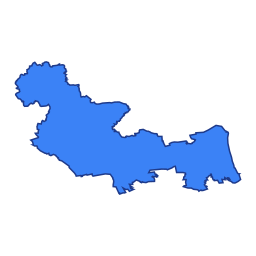 the district of Laytown Bettystown-Lea-7, Meath, Ireland
{"feature_id": "5873133B93482869611851", "entity_name": "Laytown Bettystown-Lea-7", "entity_type": "district", "adm_level": 2, "iso_a3": "IRL", "parent_name": "Ireland", "parent_adm1": "Meath", "projection": "robinson", "projection_center": [-6.479, 53.728], "detail": "fine", "context": "isolated", "style": "filled", "palette": "blue", "viewbox_px": 256, "rotation_deg": 0, "n_neighbors": 0, "source": "geoboundaries", "source_scale": "gbopen_adm2", "svg_char_len": 5795}
<svg xmlns="http://www.w3.org/2000/svg" viewBox="0 0 256 256"><path d="M59.3,64.1L58.3,64.5L57.9,65.2L52.5,65.9L52.4,66.7L51.3,66.9L50.6,66.8L49.5,65.7L49.8,65.2L48.8,63.8L48.5,62.6L46.3,61.9L44.7,62.2L44.2,62.8L42.4,63.5L43.0,65.0L41.7,65.9L41.3,65.3L39.5,64.6L37.8,65.3L36.9,64.9L34.8,62.3L33.1,63.2L32.0,65.0L31.9,65.8L29.6,66.1L29.6,67.4L28.8,68.8L26.9,69.8L27.1,70.7L26.9,71.8L27.5,72.9L27.4,73.6L24.7,73.8L24.7,74.9L23.7,75.2L21.8,74.4L21.1,74.5L20.3,75.4L19.9,77.5L18.3,79.0L17.8,79.2L17.5,79.9L16.8,80.4L16.9,80.8L16.1,81.2L16.1,81.6L15.5,82.2L15.8,82.7L15.4,83.3L15.5,83.8L17.9,86.5L18.1,87.2L16.4,88.2L16.9,88.7L19.4,89.3L19.3,90.4L19.8,91.3L19.2,92.1L16.7,93.2L15.7,94.2L15.7,94.9L18.3,98.6L20.4,99.1L21.4,100.3L22.1,101.8L22.6,101.8L23.0,101.1L23.7,101.7L23.4,102.9L23.7,105.3L24.6,106.3L27.8,106.2L29.7,104.1L31.0,103.2L31.5,103.2L32.2,103.9L33.3,103.7L34.1,103.2L34.0,102.5L34.4,101.8L35.4,101.7L35.4,100.8L37.9,101.5L39.9,104.7L40.0,105.7L41.1,106.4L45.6,106.0L46.9,105.7L48.5,104.4L49.9,106.7L50.1,108.4L48.5,111.8L49.2,112.1L48.5,113.3L46.2,115.2L46.8,116.8L46.1,119.1L45.4,118.8L46.2,119.8L45.9,120.4L44.1,121.5L42.7,120.5L41.9,121.2L41.2,124.0L38.0,123.5L37.5,124.7L37.4,125.8L37.0,126.4L37.3,129.3L38.7,129.6L38.2,131.7L38.2,133.1L35.3,133.3L36.2,134.7L38.5,137.0L38.3,137.6L30.8,140.1L32.4,141.5L33.3,144.4L33.3,145.0L32.9,145.0L34.7,146.0L36.9,146.0L37.4,147.1L37.3,148.0L40.4,150.8L45.1,153.3L45.8,153.2L46.8,154.0L48.8,153.3L49.2,154.9L50.9,155.6L53.4,154.4L55.9,155.4L56.2,156.3L58.0,157.6L57.7,157.8L58.3,158.9L59.2,159.5L59.3,160.2L61.7,160.8L69.1,166.1L69.2,167.6L74.3,172.8L75.7,174.7L76.2,176.1L80.7,175.5L81.2,176.6L82.2,176.4L81.8,175.7L86.6,174.4L87.0,175.1L92.1,174.0L92.3,175.3L93.0,176.1L105.3,173.9L110.3,174.3L112.9,178.0L112.8,178.8L113.5,179.8L113.7,181.8L113.2,184.7L113.2,186.6L116.0,186.9L118.9,193.2L119.7,193.0L120.1,193.5L119.4,193.8L119.7,194.1L123.1,192.8L124.1,193.0L125.7,192.5L123.1,188.0L125.8,189.5L127.8,189.3L129.4,191.3L133.6,189.4L132.6,189.1L132.8,188.9L132.2,188.5L130.7,188.4L130.3,186.9L132.0,186.9L130.4,185.9L129.4,184.3L132.7,184.4L132.4,182.4L133.5,182.2L136.3,180.0L139.7,181.3L140.5,181.7L140.1,181.9L140.4,182.2L141.7,182.7L142.6,181.8L143.3,182.3L146.0,182.6L148.5,181.6L154.5,181.4L154.6,179.6L153.8,177.6L152.2,176.8L152.8,176.3L153.8,176.9L155.8,176.1L156.3,177.1L157.5,176.7L157.3,175.9L157.7,175.7L156.3,174.3L155.4,174.5L154.3,172.0L148.7,172.7L150.0,170.2L161.5,169.1L166.7,169.2L167.3,169.8L171.9,167.9L174.0,166.5L175.3,166.3L176.6,172.5L183.1,172.5L185.5,173.2L185.6,174.4L185.0,174.7L184.8,176.5L183.8,177.0L183.6,178.9L183.1,179.7L186.1,179.6L185.6,182.3L186.3,185.3L183.8,186.0L183.3,186.6L187.9,188.0L191.4,188.1L193.6,189.3L197.3,189.7L198.3,190.2L198.9,191.2L200.5,190.2L201.5,190.2L201.8,190.6L203.3,190.4L207.4,189.0L206.0,186.9L206.9,186.5L206.6,186.1L205.6,186.4L204.4,184.7L205.6,183.3L204.6,182.2L205.9,181.7L205.2,180.6L206.1,180.4L206.1,180.1L206.8,179.8L207.6,179.9L206.5,177.7L207.8,177.2L209.3,175.5L211.0,175.5L210.7,174.2L211.3,174.2L211.6,175.4L211.2,177.0L212.4,177.0L212.7,178.8L213.4,179.9L214.3,179.9L214.4,180.6L217.6,180.3L219.2,183.1L223.0,182.7L222.0,179.4L225.1,179.7L224.7,179.2L224.8,177.6L228.2,180.0L227.6,177.8L228.8,177.9L229.7,179.2L228.9,179.2L229.0,180.3L231.5,181.7L232.7,182.8L234.4,183.0L235.3,182.9L238.0,181.5L240.6,179.5L239.3,175.4L239.1,174.0L239.4,173.8L238.1,173.6L237.6,173.2L235.0,168.0L234.2,167.7L233.8,165.2L232.3,161.2L231.5,157.2L229.6,151.3L227.9,143.3L227.6,137.8L228.4,133.5L228.2,132.5L227.5,132.2L228.4,132.2L226.4,132.0L226.7,131.5L224.9,130.6L221.6,126.4L216.0,125.4L208.3,130.0L203.5,132.3L195.9,132.8L196.0,134.1L189.9,135.3L190.6,137.3L191.6,138.8L194.7,139.5L194.4,139.7L195.1,140.5L194.0,141.9L192.2,142.8L192.2,143.4L190.6,143.8L188.1,143.4L186.7,143.9L186.4,143.5L187.1,143.3L186.6,142.4L187.2,142.3L186.7,141.4L186.1,141.0L177.8,142.2L174.3,142.0L171.8,142.5L169.4,143.6L169.9,145.2L165.3,146.4L163.3,142.5L163.2,142.2L163.4,142.2L162.9,140.7L162.2,140.8L161.9,136.4L158.1,136.4L157.2,135.0L157.3,134.2L156.6,133.7L154.2,133.6L151.0,132.7L150.3,132.1L148.2,131.2L146.9,131.2L143.2,129.4L139.7,129.9L139.3,130.7L139.2,132.6L136.7,133.5L134.8,133.5L134.7,134.0L135.7,134.9L135.7,135.6L135.4,135.7L133.2,136.0L132.1,135.4L129.2,136.5L126.4,136.1L125.8,136.5L125.9,137.3L125.0,137.5L121.9,137.1L120.6,135.7L119.1,133.2L118.9,132.2L117.3,132.1L116.1,131.1L115.3,131.5L114.3,131.5L114.3,131.0L115.1,130.2L114.4,129.3L112.7,129.5L112.3,128.6L112.7,127.9L112.1,126.9L112.5,126.5L113.4,126.6L114.0,126.3L113.8,126.1L115.1,124.7L114.6,124.1L116.1,124.4L117.1,123.2L117.1,122.6L116.6,122.4L116.7,121.8L117.1,122.2L117.8,121.4L119.0,121.3L118.9,121.1L120.5,120.0L120.4,118.9L121.8,117.8L122.5,116.4L123.7,115.9L124.2,115.2L123.8,114.9L124.5,114.1L124.2,113.7L125.6,113.2L126.2,112.8L126.0,112.6L126.8,112.6L126.8,112.1L128.0,111.9L129.3,110.0L129.7,110.0L129.9,109.3L129.5,109.4L128.9,108.5L128.2,108.5L128.1,107.2L128.6,107.0L128.3,106.6L128.7,106.4L127.9,106.4L127.8,106.0L127.5,106.2L126.0,104.1L123.3,103.6L119.3,102.0L114.7,102.1L111.4,102.9L109.6,102.6L102.6,103.1L99.2,104.0L96.7,104.1L95.0,103.4L94.4,102.2L92.3,102.7L90.6,102.5L90.2,100.7L91.0,99.4L86.4,95.7L84.8,96.9L83.4,96.5L81.2,97.0L80.7,95.8L80.5,93.0L79.8,91.4L79.4,91.1L79.1,89.5L79.3,89.0L78.9,88.0L78.8,86.9L78.1,86.5L78.9,85.7L79.0,85.1L78.7,84.6L74.9,85.3L73.7,84.9L69.8,85.1L69.6,84.7L67.9,84.0L68.1,83.6L67.1,82.1L65.7,81.4L66.0,81.2L65.8,80.7L67.1,79.9L65.6,79.4L65.7,78.6L66.9,78.1L65.5,76.6L65.7,74.9L66.3,74.6L64.0,73.2L64.3,72.6L64.6,73.0L65.7,72.4L65.6,72.2L66.0,71.7L65.8,71.5L66.4,71.1L66.1,70.9L65.8,69.8L65.9,69.3L65.4,69.1L65.4,68.7L64.5,68.1L64.3,67.3L64.6,66.1L64.1,65.3L62.9,64.8L59.5,65.0L59.1,64.8L59.3,64.1Z" fill="#3b82f6" stroke="#1e3a8a" stroke-width="1.5"/></svg>